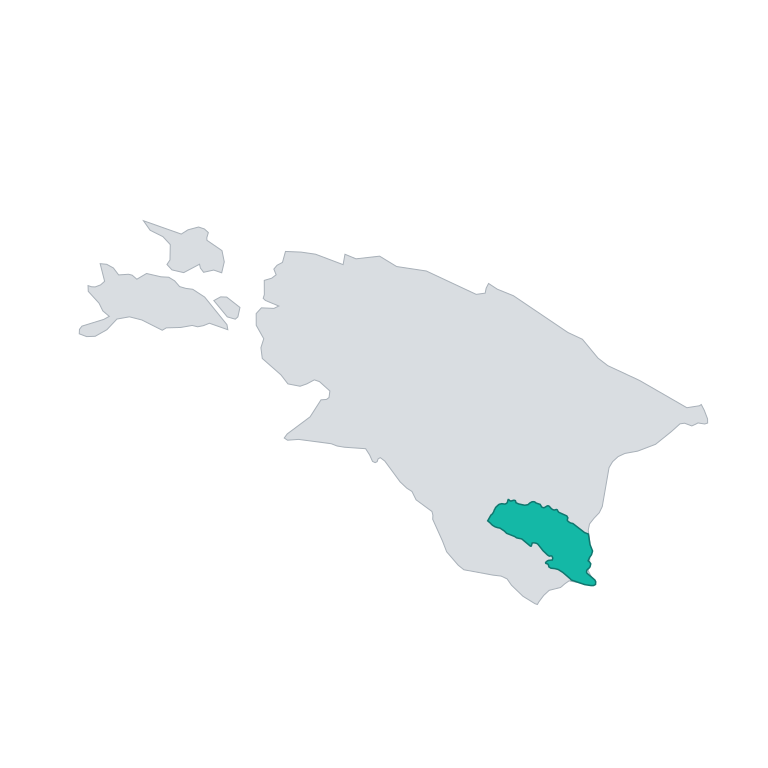 Estonia, with Põlva highlighted, rotated 25°
{"feature_id": "EST-2347", "entity_name": "Põlva", "entity_type": "County", "adm_level": 1, "iso_a3": "EST", "parent_name": "Estonia", "parent_adm1": "", "projection": "robinson", "projection_center": [27.097, 58.038], "detail": "fine", "context": "in_parent", "style": "filled", "palette": "teal", "viewbox_px": 768, "rotation_deg": 25, "n_neighbors": 0, "source": "natural_earth", "source_scale": "10m", "svg_char_len": 4118}
<svg xmlns="http://www.w3.org/2000/svg" viewBox="0 0 768 768"><g transform="rotate(25 384 384)"><path d="M616.2,519.0L613.7,519.3L599.8,517.7L584.6,512.5L577.9,508.6L571.3,508.6L563.4,511.2L534.9,518.6L527.9,516.9L511.7,509.6L503.5,501.7L485.3,486.0L483.8,482.3L481.4,479.3L462.0,475.4L454.8,469.6L448.8,468.8L440.0,465.9L417.3,453.5L411.7,452.3L410.3,454.4L410.6,457.3L409.2,459.0L406.3,459.0L401.0,454.4L394.7,450.4L374.9,458.0L367.7,460.0L361.5,460.4L330.0,470.3L320.3,475.7L316.4,475.1L317.4,470.1L330.9,445.0L333.6,425.0L338.4,422.3L339.9,419.5L337.9,413.2L324.5,409.1L319.1,409.7L314.0,416.5L308.9,421.5L296.9,424.5L286.8,419.3L262.9,412.3L257.1,403.1L255.9,393.8L243.4,384.8L238.4,374.2L240.7,366.8L252.3,362.0L255.7,357.8L241.2,358.4L238.3,357.4L237.8,353.6L231.7,340.7L237.5,335.6L240.1,330.6L235.6,326.4L236.9,321.6L240.6,316.7L238.7,305.5L253.1,299.5L267.1,295.3L296.5,293.1L293.8,282.9L305.7,282.4L326.0,270.0L345.8,272.2L374.6,263.7L429.7,263.8L437.3,258.9L436.1,254.0L436.3,248.7L446.6,250.2L464.0,249.3L528.9,259.6L544.9,259.6L567.0,270.1L579.0,272.8L614.2,272.8L668.5,277.5L679.1,270.4L680.2,268.5L685.4,272.5L692.0,278.9L693.8,282.6L691.6,284.7L685.0,286.6L683.6,288.5L680.7,291.9L673.0,292.5L669.1,295.0L664.5,305.8L655.6,323.9L642.3,337.6L631.7,345.1L626.9,350.8L624.0,357.8L623.3,364.7L633.6,402.8L633.5,409.7L631.1,416.8L629.4,424.0L630.9,430.2L637.7,440.9L644.9,456.8L647.9,466.9L652.7,470.6L657.3,473.4L658.3,475.1L658.2,476.9L655.8,478.9L634.9,484.2L632.3,488.7L630.0,493.8L620.9,501.2L618.1,508.1L616.4,516.1L616.2,519.0ZM150.7,379.0L157.6,382.1L164.0,381.1L170.6,379.0L184.7,381.0L216.6,396.6L219.5,400.8L200.1,402.7L195.6,407.5L190.9,410.9L185.4,412.0L175.8,418.7L163.0,425.1L160.3,429.0L137.4,428.3L124.9,430.7L114.5,438.0L109.9,451.9L102.1,462.8L94.5,466.7L86.6,467.3L84.9,463.2L85.8,459.2L102.8,443.8L106.4,438.8L98.3,436.6L91.6,431.2L76.8,425.0L74.2,419.9L77.8,419.5L81.2,418.1L85.3,413.9L87.4,409.0L75.9,394.9L82.1,392.7L89.7,393.2L97.4,397.3L106.1,392.5L109.8,391.8L115.7,393.5L122.1,384.2L136.6,381.1L143.8,378.2L150.7,379.0ZM181.5,352.7L173.3,359.0L168.6,356.5L166.2,353.4L155.4,367.7L143.6,370.2L136.8,367.4L137.6,362.0L131.4,348.0L121.4,343.9L107.1,343.5L97.0,337.7L136.9,333.8L141.2,327.1L149.6,320.1L155.7,319.4L160.8,321.0L161.6,326.4L162.8,328.6L180.8,331.6L187.6,340.8L189.9,351.8L181.5,352.7ZM221.8,388.1L213.6,389.4L194.5,380.3L199.1,374.1L204.7,371.7L221.1,375.5L223.2,384.9L221.8,388.1Z" fill="#d9dde1" stroke="#a8b0b8" stroke-width="1"/><path d="M632.6,433.6L634.6,436.5L638.5,442.4L643.6,447.2L644.2,451.0L643.6,454.3L643.7,458.0L645.6,458.5L647.4,459.6L648.0,462.7L647.6,464.3L646.9,465.7L646.5,467.2L647.1,469.0L647.9,469.7L657.9,472.5L659.5,473.8L660.4,476.3L659.1,478.1L656.8,479.2L650.6,481.0L636.4,482.5L636.3,482.4L635.3,481.9L625.7,479.2L620.3,478.5L616.9,479.1L613.1,480.4L610.8,480.1L609.3,478.4L608.6,478.0L607.8,478.0L607.0,478.2L606.3,478.1L605.9,477.4L606.6,475.7L607.5,474.4L610.9,472.4L610.6,470.5L609.1,469.1L608.4,469.0L607.7,469.3L607.3,469.7L606.7,470.1L605.7,470.1L604.2,469.8L598.6,467.9L592.3,464.7L590.7,464.0L589.8,464.0L588.7,464.1L586.9,464.6L585.5,465.5L586.0,468.6L585.2,469.1L574.2,466.2L571.5,466.9L569.1,467.4L567.0,467.0L558.2,467.5L555.2,466.4L549.9,465.6L547.6,466.2L545.1,466.5L542.2,466.2L540.7,465.8L539.7,465.3L535.8,464.2L536.3,457.6L537.1,456.0L537.4,453.7L537.2,451.2L537.4,449.8L537.3,448.8L538.4,446.0L539.0,444.7L539.4,444.2L541.3,442.7L544.2,441.8L544.8,441.3L545.6,440.2L545.8,439.1L545.6,437.9L545.4,436.9L545.4,436.2L545.9,436.0L547.3,436.6L548.3,436.5L549.3,435.8L550.4,434.7L551.6,434.2L552.4,434.2L553.4,435.3L553.7,435.8L556.7,435.8L562.8,434.4L565.5,432.5L566.4,430.3L567.9,428.2L569.1,427.5L570.1,427.2L571.3,427.3L572.0,427.6L576.4,427.1L579.0,428.9L581.0,428.7L581.3,428.5L581.9,427.8L583.5,425.4L584.7,424.9L585.7,425.1L588.5,426.3L590.5,426.5L591.7,426.2L593.2,424.9L594.0,424.8L594.4,424.9L595.1,425.6L596.6,426.4L605.4,426.3L607.2,427.6L607.6,430.0L608.4,430.5L609.5,430.8L610.6,431.0L611.6,431.1L612.5,431.0L614.1,430.6L628.6,433.9L632.6,433.6Z" fill="#14b8a6" stroke="#0f766e" stroke-width="1.5"/></g></svg>